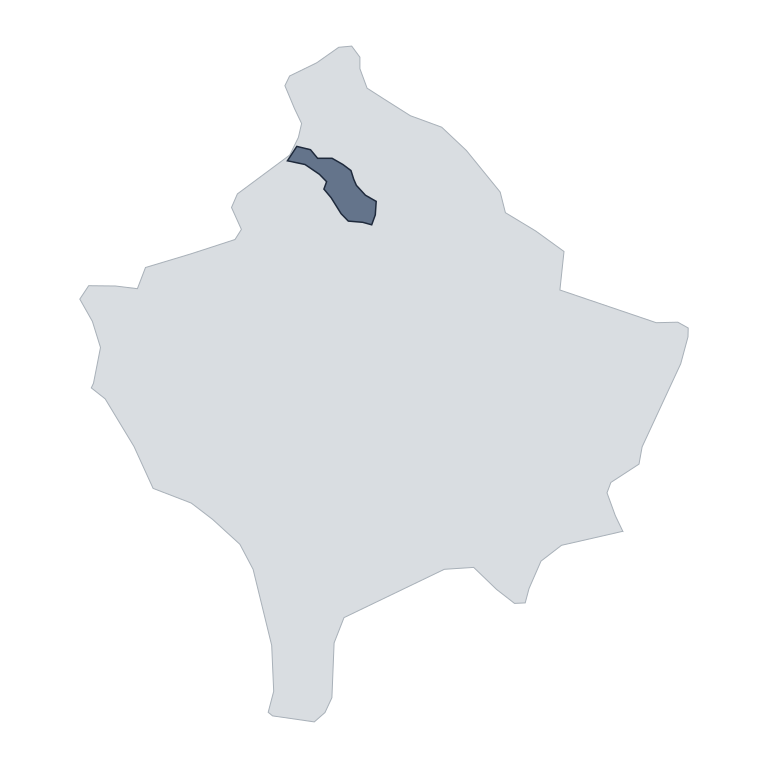 where Zvečan sits in Kosovo
{"feature_id": "KOS-5892", "entity_name": "Zvečan", "entity_type": "District", "adm_level": 1, "iso_a3": "XKX", "parent_name": "Kosovo", "parent_adm1": "", "projection": "albers", "projection_center": [20.754, 42.971], "detail": "fine", "context": "in_parent", "style": "filled", "palette": "slate", "viewbox_px": 768, "rotation_deg": 0, "n_neighbors": 0, "source": "natural_earth", "source_scale": "10m", "svg_char_len": 1308}
<svg xmlns="http://www.w3.org/2000/svg" viewBox="0 0 768 768"><path d="M191.1,253.8L235.0,239.5L241.4,229.4L231.5,207.5L237.4,193.9L289.8,155.0L298.4,137.4L301.6,123.5L294.6,108.8L284.9,85.7L289.6,76.0L316.7,62.8L338.7,47.3L351.7,46.1L359.9,57.2L359.9,68.7L367.1,88.2L383.3,98.6L410.3,115.7L441.7,127.2L466.4,150.5L500.2,192.1L505.4,212.7L535.7,231.0L564.0,251.5L559.9,290.0L656.2,322.7L677.8,322.2L688.2,328.0L688.0,336.8L680.7,363.8L642.1,446.9L639.0,464.1L610.9,482.4L607.0,492.8L615.3,515.6L622.9,531.5L622.3,531.4L561.5,545.3L541.0,561.1L529.0,588.6L525.2,602.9L514.5,603.4L496.5,589.4L473.7,567.4L444.3,569.3L344.0,617.6L334.1,642.9L331.9,697.7L325.0,712.5L314.3,721.9L272.6,715.9L268.2,712.3L273.7,691.3L271.7,645.4L253.1,569.3L239.9,544.3L212.6,519.4L191.3,503.1L153.1,488.4L134.0,446.5L105.2,398.9L91.3,387.9L93.5,383.2L100.5,347.5L92.4,321.4L79.8,299.1L88.7,285.7L115.4,286.0L137.4,288.7L145.5,267.5L191.1,253.8Z" fill="#d9dde1" stroke="#a8b0b8" stroke-width="1"/><path d="M287.4,160.8L296.8,146.4L310.5,149.7L317.6,158.3L332.1,158.3L342.9,164.5L351.0,170.6L353.7,179.2L356.4,185.4L365.4,195.2L376.2,201.4L375.3,214.9L371.7,224.8L362.7,222.3L348.3,221.1L341.1,213.7L331.1,197.7L323.9,189.1L326.6,181.7L319.4,174.3L305.0,164.5L287.4,160.8Z" fill="#64748b" stroke="#1e293b" stroke-width="1.5"/></svg>